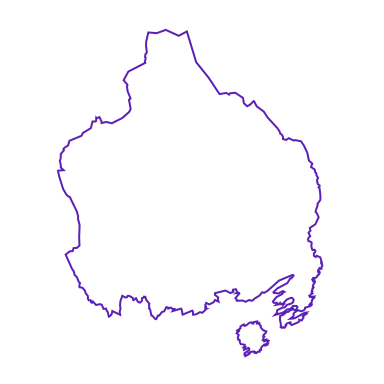 the district of Bærum nor, Oslo, Norway, rotated 4°
{"feature_id": "86288312B1963892276689", "entity_name": "Bærum nor", "entity_type": "district", "adm_level": 2, "iso_a3": "NOR", "parent_name": "Norway", "parent_adm1": "Oslo", "projection": "orthographic", "projection_center": [10.489, 59.945], "detail": "fine", "context": "isolated", "style": "outline", "palette": "violet", "viewbox_px": 384, "rotation_deg": 4, "n_neighbors": 0, "source": "geoboundaries", "source_scale": "gbopen_adm2", "svg_char_len": 6051}
<svg xmlns="http://www.w3.org/2000/svg" viewBox="0 0 384 384"><g transform="rotate(4 192 192)"><path d="M175.7,32.2L167.9,37.1L154.5,32.1L145.8,36.0L137.3,35.9L135.8,45.3L136.0,49.6L137.2,55.9L135.9,57.9L135.8,60.8L136.3,61.1L136.4,62.7L135.8,65.3L136.4,66.4L120.1,76.3L116.0,85.3L119.9,89.3L120.2,90.2L119.7,91.0L120.8,96.1L124.2,103.0L122.7,104.3L125.0,113.5L123.8,116.4L117.4,123.0L107.2,129.0L101.7,128.1L97.0,129.5L96.8,128.0L94.4,123.7L92.0,125.1L91.3,124.5L91.4,127.6L90.9,128.4L87.9,128.6L86.6,135.4L79.0,140.7L77.9,143.6L66.1,149.5L65.2,154.1L61.3,157.2L60.7,158.4L61.3,159.4L58.5,163.1L58.6,168.1L58.0,170.3L59.3,174.3L59.4,176.7L62.4,179.2L57.0,180.0L56.8,180.5L58.7,186.4L63.2,197.9L66.4,202.7L68.7,205.0L70.4,205.4L78.5,219.5L80.1,224.2L80.2,226.9L82.2,232.9L82.6,245.0L83.5,253.4L81.0,255.8L77.8,256.2L77.1,259.3L74.4,259.6L70.3,263.2L77.6,276.9L79.6,279.5L80.8,283.1L83.1,284.9L85.4,289.7L86.6,290.5L86.1,293.7L86.5,294.9L89.3,295.1L92.2,298.1L92.9,300.2L95.4,303.1L95.7,306.1L96.6,307.3L98.3,307.0L99.2,309.2L99.8,309.4L99.9,308.4L100.6,308.0L104.2,311.4L108.1,310.3L109.9,310.8L111.9,314.8L114.4,314.3L115.0,316.1L116.2,317.3L117.7,322.1L119.1,321.3L120.5,319.0L120.8,316.3L128.9,319.5L128.2,316.6L128.8,313.5L128.1,310.1L128.2,306.0L129.7,300.4L132.8,301.9L134.4,301.5L135.0,300.1L136.6,300.0L140.3,301.8L140.6,303.5L141.3,304.0L143.5,301.9L145.7,305.3L147.8,306.0L149.5,304.4L149.6,301.3L151.2,300.7L151.3,299.8L152.7,299.8L153.9,302.9L157.3,306.4L156.9,308.0L157.5,309.6L157.2,311.0L158.4,312.0L160.1,318.1L160.9,318.1L164.4,321.4L165.4,321.0L166.6,317.6L167.9,317.6L170.3,313.9L172.6,312.9L174.5,308.6L176.4,309.0L176.5,309.9L179.2,308.8L180.6,310.0L182.4,309.9L181.1,312.1L189.2,309.1L190.0,310.3L191.2,315.0L200.6,310.3L201.2,311.1L201.7,314.4L205.0,313.5L208.3,311.3L210.7,311.8L213.7,308.6L213.5,307.8L214.7,307.3L213.6,307.0L213.2,306.0L214.0,305.5L213.1,303.9L213.9,301.7L217.1,302.9L221.2,300.5L222.5,298.1L226.1,299.5L225.3,297.4L225.6,295.5L222.1,293.0L222.0,291.3L232.2,288.0L237.4,290.1L240.2,288.7L239.6,287.8L239.6,286.7L242.5,285.9L244.2,288.9L243.2,289.8L245.8,289.3L246.3,290.0L242.7,294.9L244.2,296.3L244.1,297.2L244.5,297.4L250.0,296.7L253.1,297.8L256.7,295.7L258.5,296.4L260.4,295.8L261.5,294.2L266.6,290.6L269.0,287.1L270.9,287.6L274.0,285.6L285.0,274.3L297.8,267.8L299.0,267.9L299.1,268.6L297.0,271.3L296.1,271.2L293.5,276.2L283.9,282.2L280.2,286.3L280.5,286.9L285.1,287.2L289.6,284.5L291.1,285.2L289.2,286.3L289.3,287.3L288.5,287.9L283.5,291.0L280.3,295.6L281.2,296.8L284.4,296.6L284.6,297.7L283.7,298.7L286.0,298.1L287.5,296.6L287.8,297.8L289.4,297.2L290.3,298.5L291.9,297.1L291.0,296.5L294.1,292.6L298.3,290.6L299.5,290.8L301.0,292.7L300.4,295.0L299.0,296.3L294.7,297.9L292.4,300.8L291.0,300.7L285.6,303.7L285.1,304.5L285.4,306.4L283.3,308.9L290.9,306.1L295.5,302.3L297.5,302.1L299.6,300.5L300.7,298.6L304.3,298.4L305.2,299.5L303.8,302.7L301.9,302.4L301.0,301.3L300.7,302.2L298.6,302.8L296.4,304.9L294.7,305.1L291.9,307.9L288.5,309.6L288.7,313.4L289.9,317.9L289.9,320.7L291.1,321.2L292.9,319.9L292.2,321.0L293.9,320.9L295.2,318.7L294.6,318.2L295.9,316.5L299.2,315.1L299.5,315.4L298.8,316.4L300.7,317.8L307.3,314.4L308.1,313.1L307.9,312.0L310.4,312.5L312.0,309.3L311.2,308.2L314.5,305.7L313.2,305.4L314.5,304.3L312.8,304.6L303.1,310.9L298.8,311.6L301.7,309.0L302.1,307.8L301.7,306.7L302.5,305.2L306.0,302.5L309.3,303.4L310.7,302.8L312.3,301.7L313.0,300.3L312.9,299.5L318.0,297.6L319.3,296.3L319.5,294.7L318.5,296.3L317.2,296.1L319.0,293.5L319.4,292.5L319.1,291.7L321.2,288.9L319.9,288.8L320.8,287.8L317.0,288.5L316.2,287.3L319.3,284.7L318.3,283.9L319.0,282.6L318.4,282.1L319.3,280.0L318.9,280.2L319.0,279.3L319.8,278.4L319.1,277.8L319.3,276.2L320.8,273.9L320.9,272.7L319.4,272.7L319.9,271.2L318.7,271.9L318.0,271.0L318.8,269.4L321.4,268.9L322.4,268.1L323.3,266.1L324.0,265.9L325.1,264.0L324.8,262.9L324.3,263.7L323.3,262.9L323.2,261.4L324.6,258.9L326.4,259.6L326.4,260.6L326.6,257.3L327.2,256.4L325.7,253.8L325.7,253.0L326.4,253.1L324.5,248.2L320.8,246.9L320.0,248.2L318.4,247.5L317.9,246.3L317.9,244.5L318.9,243.5L319.2,242.0L318.1,241.0L316.4,241.5L315.7,240.7L314.8,237.4L315.0,234.4L313.8,233.3L311.5,232.8L311.0,230.9L311.6,229.3L313.0,227.8L311.1,224.4L312.9,222.3L312.0,219.7L317.3,215.6L320.1,208.4L318.0,204.5L316.7,203.3L316.7,202.1L318.3,196.3L318.0,195.1L320.6,190.9L320.3,186.4L319.0,179.4L318.0,178.6L318.8,177.7L318.8,176.5L317.1,175.6L316.0,172.6L315.9,171.0L316.8,169.2L315.1,166.8L314.6,164.5L313.4,163.5L312.9,161.1L309.0,158.8L310.0,155.3L306.4,152.5L304.3,144.9L300.4,137.9L297.2,133.8L291.3,133.0L290.1,133.6L284.8,131.6L282.3,133.5L279.1,132.8L278.8,130.3L277.5,128.4L276.0,127.7L275.1,125.4L272.7,122.3L262.4,112.6L257.9,106.7L250.5,102.0L247.7,97.3L247.2,97.0L243.8,100.9L241.0,102.6L237.6,99.9L236.3,94.6L228.3,90.0L223.2,90.8L222.2,92.3L219.3,90.8L212.6,92.4L200.6,76.8L187.1,62.2L175.7,32.2ZM266.0,316.6L263.0,317.3L262.3,319.1L261.2,318.8L260.7,317.8L258.5,318.4L255.3,321.3L253.7,321.9L253.1,321.2L253.9,320.2L251.9,321.1L249.7,322.7L249.8,324.7L245.8,327.6L248.7,326.7L248.8,327.3L246.4,329.8L248.6,331.5L247.8,333.9L248.5,335.0L248.2,335.9L249.9,336.5L250.2,338.5L251.2,340.3L255.3,340.7L255.4,341.9L254.8,342.9L255.1,342.9L254.2,343.6L256.1,344.1L255.1,344.5L254.9,345.8L259.2,343.6L260.0,344.2L260.0,345.7L255.6,349.2L255.8,350.7L257.4,350.3L256.6,351.0L256.7,351.9L259.8,350.0L259.6,349.2L260.2,349.6L261.1,348.7L261.3,348.1L260.6,348.4L261.2,347.5L265.1,346.7L266.4,347.3L265.8,348.0L267.3,348.3L269.0,346.7L270.6,346.6L270.6,345.6L272.6,344.4L270.1,345.0L271.7,344.0L272.2,341.7L274.8,339.1L275.4,339.1L275.3,340.1L275.7,340.2L277.2,339.4L276.8,339.3L277.5,338.5L276.1,338.8L277.9,337.5L277.8,336.8L278.9,335.0L277.8,334.6L273.6,336.3L276.3,334.6L276.3,334.0L273.8,335.3L272.9,334.8L273.7,333.7L273.3,332.4L274.2,331.3L273.5,330.9L274.6,330.4L273.5,330.7L273.3,329.7L275.6,327.1L275.8,325.8L272.6,324.9L270.3,322.6L269.9,321.7L270.1,321.0L268.9,319.9L268.6,318.7L266.5,318.7L267.2,317.8L265.9,317.9L266.0,316.6Z" fill="none" stroke="#5b21b6" stroke-width="2"/></g></svg>